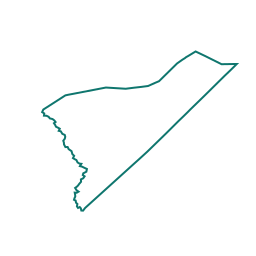 Barro Alto, Bahia, Brazil (Robinson projection), rotated 286°
{"feature_id": "56859067B11777623458278", "entity_name": "Barro Alto", "entity_type": "district", "adm_level": 2, "iso_a3": "BRA", "parent_name": "Brazil", "parent_adm1": "Bahia", "projection": "robinson", "projection_center": [-41.879, -11.85], "detail": "fine", "context": "isolated", "style": "outline", "palette": "teal", "viewbox_px": 256, "rotation_deg": 286, "n_neighbors": 0, "source": "geoboundaries", "source_scale": "gbopen_adm2", "svg_char_len": 1335}
<svg xmlns="http://www.w3.org/2000/svg" viewBox="0 0 256 256"><g transform="rotate(286 128 128)"><path d="M36.2,107.6L39.3,108.8L95.9,144.0L98.6,145.7L101.0,147.2L110.6,153.1L133.3,166.1L148.9,174.8L154.4,178.0L159.5,180.9L163.0,182.8L180.8,193.0L204.3,206.2L212.7,211.1L219.5,214.9L218.9,212.8L217.4,207.9L215.8,202.6L215.1,200.4L218.4,182.6L219.0,179.0L220.2,171.9L213.6,165.8L212.2,164.4L210.8,163.4L208.7,161.5L203.6,157.4L181.5,144.9L179.1,141.9L173.9,135.7L171.2,129.5L168.4,122.7L166.9,119.2L166.1,117.3L165.1,115.0L160.8,95.6L145.9,66.2L143.7,61.8L142.1,58.8L122.4,41.5L119.6,41.1L118.9,43.5L116.7,43.8L117.3,46.3L116.9,48.6L115.7,50.2L115.8,53.0L115.0,55.0L113.8,56.7L112.2,55.5L110.8,57.2L109.4,58.4L109.0,60.6L108.5,62.6L106.2,62.2L106.3,64.3L104.3,66.5L103.9,69.1L102.3,70.1L100.3,70.2L97.9,69.3L96.3,70.4L94.6,71.0L92.4,73.1L93.1,75.2L91.3,76.8L90.2,80.1L87.6,81.7L86.4,83.9L83.9,83.4L83.3,85.5L83.0,87.2L81.0,89.0L80.4,91.2L80.7,93.0L78.1,92.3L78.2,94.3L77.7,97.1L77.3,99.8L74.5,100.0L72.1,97.5L70.3,97.5L69.6,99.6L67.3,98.8L65.6,96.9L63.4,97.7L60.8,96.5L59.1,95.9L57.6,95.1L55.8,93.7L54.0,95.7L53.2,98.0L51.6,96.5L51.2,94.6L49.0,95.7L47.5,96.2L45.8,95.9L44.1,95.9L43.8,97.7L41.9,98.6L41.0,100.3L38.6,100.5L37.4,102.0L38.7,103.4L37.8,104.8L35.8,105.9L36.2,107.6Z" fill="none" stroke="#0f766e" stroke-width="2"/></g></svg>